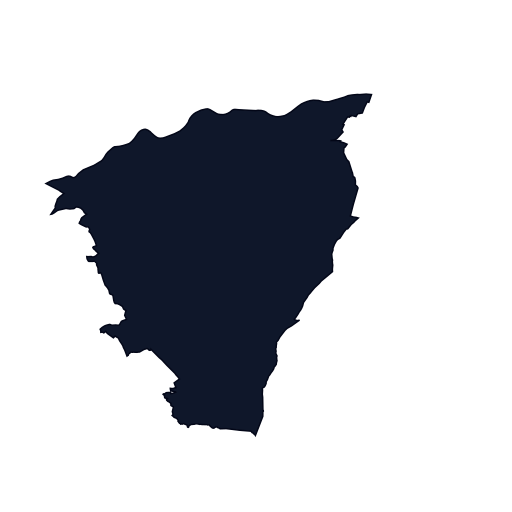 the district of Campulung La Tisa, Maramures, Romania, rotated 335°
{"feature_id": "2599482B2872053894930", "entity_name": "Campulung La Tisa", "entity_type": "district", "adm_level": 2, "iso_a3": "ROU", "parent_name": "Romania", "parent_adm1": "Maramures", "projection": "natural_earth1", "projection_center": [23.748, 47.96], "detail": "fine", "context": "isolated", "style": "filled", "palette": "ink", "viewbox_px": 512, "rotation_deg": 335, "n_neighbors": 0, "source": "geoboundaries", "source_scale": "gbopen_adm2", "svg_char_len": 6104}
<svg xmlns="http://www.w3.org/2000/svg" viewBox="0 0 512 512"><g transform="rotate(335 256 256)"><path d="M179.6,418.4L194.4,404.2L196.3,400.2L197.1,399.7L197.3,398.9L197.2,398.4L202.4,386.7L203.3,383.9L205.3,380.2L205.7,378.6L206.1,378.4L208.2,378.2L209.5,377.4L211.2,375.9L212.1,374.2L214.0,372.9L216.8,370.1L218.1,369.6L220.1,368.3L222.7,366.9L224.4,365.7L225.4,364.4L227.0,363.7L228.6,362.7L229.2,361.6L230.8,359.7L231.1,358.5L231.9,356.5L232.2,356.0L232.8,355.5L232.8,352.6L233.4,351.5L234.0,350.7L234.2,349.7L234.7,348.3L235.8,347.2L236.2,346.2L237.6,344.1L238.0,342.9L238.2,342.6L240.3,341.8L243.4,339.5L250.9,335.6L253.6,334.7L258.6,334.3L267.8,332.6L267.8,332.4L266.4,332.1L265.6,331.6L264.5,330.5L264.0,329.4L265.7,328.7L269.5,326.4L271.6,324.9L273.5,323.9L275.3,322.6L277.1,321.0L279.4,318.2L284.8,315.1L286.9,313.5L290.1,312.2L290.7,311.8L295.7,309.5L301.8,307.5L304.6,306.2L318.7,302.5L319.7,300.1L321.7,296.7L322.2,294.9L323.0,292.9L323.6,292.1L323.9,290.5L325.4,286.3L326.7,284.7L328.1,283.4L329.1,281.4L332.1,278.5L335.0,276.4L336.2,275.8L337.1,275.5L339.6,275.3L345.4,271.6L348.8,269.9L349.4,269.7L350.3,270.1L350.7,270.1L355.7,267.6L358.8,266.8L360.6,266.0L364.8,264.8L363.2,263.4L360.8,261.9L358.4,259.6L366.1,250.2L377.2,237.5L377.1,235.8L376.1,233.6L377.8,230.1L378.6,227.0L378.5,226.2L377.6,225.2L378.6,221.2L378.6,220.2L380.0,209.7L379.0,206.9L379.0,199.5L381.4,195.2L382.9,194.9L385.8,193.2L383.6,190.7L380.7,188.1L381.4,187.5L380.2,186.6L372.1,182.8L374.8,183.6L377.5,184.0L379.4,183.6L387.3,180.4L387.0,177.8L391.3,174.3L390.4,173.3L397.8,168.6L399.2,169.6L399.9,168.9L400.9,169.6L401.7,168.8L405.5,171.9L408.2,170.1L412.8,171.3L417.1,167.1L421.9,163.3L423.2,164.4L428.9,158.5L424.2,155.8L418.3,153.6L416.0,152.4L410.9,150.6L407.3,149.6L403.2,149.4L387.3,147.0L382.8,145.1L378.3,141.4L373.8,139.0L370.7,138.1L367.6,137.6L364.6,137.4L361.4,137.4L357.2,138.2L348.8,140.2L344.1,140.8L341.2,140.9L337.2,139.9L334.8,139.1L332.7,138.0L330.5,136.1L328.5,134.1L327.0,132.0L325.7,129.5L324.4,128.0L322.2,126.3L319.3,124.8L317.3,124.2L313.3,122.1L302.8,116.5L298.8,114.2L297.5,113.8L296.1,113.8L293.2,114.6L290.7,114.8L288.2,114.6L286.0,114.0L283.3,112.6L281.5,111.4L280.5,110.3L276.1,103.9L274.5,102.3L272.7,101.6L268.0,100.6L262.0,100.6L259.6,101.0L257.0,101.9L254.5,103.2L252.6,104.7L251.1,106.2L247.4,108.3L244.5,109.4L239.9,110.6L233.9,110.8L224.2,110.1L221.8,109.8L219.2,108.9L217.6,108.0L216.3,106.7L214.8,104.1L213.2,100.4L212.6,98.6L211.1,96.1L209.5,94.5L208.1,93.9L205.4,93.6L203.0,94.0L201.0,94.9L195.6,98.1L191.9,99.7L188.8,100.5L185.5,100.2L182.0,99.7L178.5,98.9L173.8,97.2L171.9,97.4L165.8,99.2L163.1,100.5L160.2,102.5L157.3,104.1L155.9,104.5L147.4,105.4L136.0,104.9L130.0,106.3L126.8,107.8L125.4,108.1L124.1,108.0L123.1,107.5L121.2,105.2L119.7,104.3L117.9,103.9L113.8,103.8L109.2,103.1L104.2,101.6L100.9,101.4L96.3,101.6L105.2,113.0L106.1,114.8L108.4,118.2L103.2,119.4L100.0,120.6L98.7,122.2L96.7,124.1L95.0,126.0L94.4,127.7L92.0,129.0L87.8,131.5L89.0,131.8L91.2,131.6L94.7,130.9L96.2,130.9L103.9,132.6L107.1,134.7L111.0,136.1L114.0,135.5L114.3,135.9L115.6,136.7L117.5,138.7L118.6,141.4L118.8,144.3L120.2,146.5L114.3,147.7L112.8,148.7L112.8,149.0L112.1,149.8L110.5,150.7L109.6,151.7L111.1,153.9L114.2,157.7L115.0,158.2L116.2,158.6L116.5,159.3L116.6,161.6L115.6,162.5L115.2,162.9L115.0,163.6L115.7,164.7L116.0,166.5L116.3,172.1L116.3,174.8L115.8,179.2L113.8,179.1L112.4,178.9L111.7,179.4L111.9,181.0L112.6,182.3L113.1,184.1L114.5,187.1L113.1,187.4L111.7,188.0L110.4,188.3L107.8,188.1L106.4,186.8L103.4,185.6L102.4,185.0L101.8,186.8L101.7,187.6L101.9,189.7L102.3,190.3L105.8,191.9L107.4,192.4L107.7,192.9L108.6,195.5L107.8,196.6L107.8,200.3L107.4,200.8L106.1,204.5L106.1,205.0L106.9,205.4L108.1,205.5L108.3,206.3L108.3,207.8L107.5,213.1L107.0,218.7L107.5,220.1L108.1,222.6L108.1,223.6L108.3,224.6L107.5,228.1L107.7,228.8L109.4,230.5L109.6,230.9L109.5,232.0L108.3,236.2L108.0,238.2L108.3,239.6L110.2,240.6L111.6,242.1L113.0,244.2L113.3,244.8L113.7,245.1L113.6,248.1L114.6,249.9L115.2,250.5L114.0,251.7L111.9,254.3L111.9,258.7L107.4,258.3L106.3,258.4L103.4,260.5L102.4,260.7L101.6,260.4L99.8,259.3L96.0,257.8L95.1,256.7L94.3,256.1L91.0,255.5L89.2,255.4L86.5,255.7L83.8,256.5L83.7,258.2L83.1,259.6L84.2,259.9L84.8,260.3L85.6,261.4L88.0,260.7L88.2,261.1L88.1,261.8L88.7,263.6L92.2,269.9L94.4,269.0L96.6,272.2L96.6,275.1L97.2,279.0L97.4,281.1L97.2,282.7L97.3,285.8L96.8,292.2L97.2,292.1L97.6,291.9L98.2,292.0L99.0,291.0L100.7,290.7L101.3,290.2L101.9,290.2L103.5,291.1L104.9,291.5L105.3,291.9L107.5,293.0L108.4,293.2L109.9,293.8L114.3,293.4L116.0,293.4L116.7,293.7L118.0,293.7L118.3,293.9L118.7,294.3L118.8,294.9L119.3,296.1L119.7,296.5L120.8,296.8L121.4,296.7L121.5,296.4L125.4,307.3L126.7,310.1L129.1,317.6L132.9,327.9L133.3,330.1L133.9,331.9L134.7,335.1L128.2,336.4L127.8,341.4L127.0,341.2L126.2,341.2L125.1,341.1L123.8,340.6L122.4,339.7L122.2,340.1L121.7,342.3L122.6,342.8L125.4,344.9L126.5,345.5L122.9,345.4L120.5,344.7L120.9,343.8L120.6,343.4L117.5,342.1L116.1,342.0L115.4,342.5L114.1,341.9L113.6,341.9L113.3,342.1L114.2,344.1L113.7,344.6L113.7,345.2L113.4,345.6L113.4,346.0L113.9,346.6L115.1,347.3L115.7,347.9L115.6,348.1L114.3,348.2L114.1,348.9L114.7,350.5L115.7,351.7L115.9,352.4L116.5,353.1L116.6,353.4L116.4,353.8L116.5,354.1L116.5,354.5L115.8,355.0L115.8,355.3L115.9,355.9L117.3,357.7L116.8,358.7L114.4,361.7L114.1,363.4L114.1,364.4L112.6,365.1L113.3,366.5L113.6,367.6L115.4,369.5L115.6,370.0L116.1,372.4L115.5,372.8L116.0,375.3L116.9,376.3L116.8,376.6L117.4,376.7L118.1,377.2L119.7,377.4L120.0,377.6L120.3,378.2L121.8,379.7L122.0,380.2L121.7,382.0L121.9,382.5L122.2,382.7L122.6,382.6L123.2,381.9L124.0,381.4L126.4,381.3L127.1,381.7L129.4,382.5L130.4,382.6L131.3,383.0L132.7,383.9L133.5,384.6L134.7,385.1L135.7,385.8L140.5,388.2L140.9,388.8L141.5,388.9L142.3,389.4L142.6,390.9L143.8,393.4L144.8,394.1L145.5,394.2L146.5,393.9L148.4,394.2L148.6,395.1L150.0,396.5L150.3,397.2L150.6,397.5L156.0,399.8L167.9,407.2L177.2,412.5L177.5,412.9L177.8,414.3L178.1,414.8L178.6,415.2L179.0,416.7L179.5,417.5L179.6,418.4Z" fill="#0f172a" stroke="#020617" stroke-width="1.5"/></g></svg>